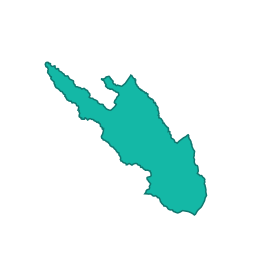 Kangema, Central, Kenya, rotated 213°
{"feature_id": "3690345B7088366637447", "entity_name": "Kangema", "entity_type": "district", "adm_level": 2, "iso_a3": "KEN", "parent_name": "Kenya", "parent_adm1": "Central", "projection": "robinson", "projection_center": [36.916, -0.687], "detail": "fine", "context": "isolated", "style": "filled", "palette": "teal", "viewbox_px": 256, "rotation_deg": 213, "n_neighbors": 0, "source": "geoboundaries", "source_scale": "gbopen_adm2", "svg_char_len": 5943}
<svg xmlns="http://www.w3.org/2000/svg" viewBox="0 0 256 256"><g transform="rotate(213 128 128)"><path d="M232.4,138.1L232.2,137.6L232.2,136.5L230.3,134.8L229.5,134.7L229.1,135.1L228.7,135.1L227.1,134.0L226.7,133.6L226.4,132.2L225.9,132.0L225.8,131.0L225.3,130.6L222.6,129.7L221.3,128.9L220.2,129.2L219.9,128.7L219.9,127.8L219.1,127.1L215.2,126.4L214.8,126.1L214.3,125.2L213.0,124.3L212.4,124.3L212.3,123.7L211.9,123.4L210.3,122.7L207.5,122.9L204.4,122.1L203.3,122.5L202.7,122.5L200.6,121.4L199.0,121.6L198.6,121.2L198.4,120.5L198.1,120.1L197.0,120.1L196.6,119.5L195.5,119.2L195.1,118.8L194.2,118.4L193.3,118.7L192.2,118.5L190.1,119.5L188.5,118.6L187.6,119.6L185.5,120.2L184.4,119.8L183.2,118.8L182.7,118.9L182.2,119.3L181.7,119.3L180.4,118.3L179.7,115.8L179.2,116.2L178.6,116.1L178.2,115.7L178.2,115.1L176.5,114.1L175.9,112.0L175.4,111.8L175.2,111.0L174.7,110.8L173.4,111.0L172.7,110.5L172.3,111.0L171.8,110.2L170.5,110.8L169.3,111.7L169.7,112.2L169.7,112.8L169.3,113.3L166.9,113.0L166.3,112.7L165.9,113.3L165.5,114.7L164.5,115.4L163.3,115.4L162.2,116.0L161.1,116.2L160.8,115.8L160.3,115.7L158.3,116.1L157.4,115.8L157.1,116.1L156.5,116.2L156.3,116.6L155.9,116.3L155.5,116.6L154.9,116.2L153.9,116.3L153.1,115.9L153.0,115.5L152.6,115.3L152.0,114.4L149.5,114.4L149.4,113.5L149.1,113.2L148.1,113.2L147.9,113.7L146.9,111.8L146.0,109.1L145.8,106.7L145.5,106.1L144.5,105.2L143.1,105.1L142.3,104.5L140.8,105.1L139.5,105.1L138.8,104.8L137.6,105.2L137.1,105.0L136.6,105.3L136.1,104.8L134.6,104.5L133.4,103.5L131.3,103.5L129.9,103.9L128.0,103.1L126.7,103.1L125.2,102.3L123.9,102.0L123.5,101.6L122.6,102.1L122.1,102.1L120.8,100.4L120.2,100.4L118.4,99.5L117.4,98.2L117.3,97.4L116.4,97.0L116.0,96.5L115.0,96.9L113.0,96.4L111.9,96.9L110.7,97.0L110.0,96.9L109.4,96.2L108.4,97.1L108.4,97.8L107.6,98.9L104.6,99.0L104.2,99.5L104.0,100.5L103.0,101.8L102.2,102.5L101.0,103.0L99.7,102.5L97.2,103.2L96.2,102.1L95.7,102.0L94.5,102.9L93.3,102.3L92.2,102.1L91.2,102.4L90.5,102.0L88.6,103.3L85.9,103.9L85.7,103.4L84.6,103.0L82.7,100.9L82.7,100.1L83.0,99.3L84.8,97.3L85.0,96.9L84.8,96.3L83.7,95.2L82.7,95.2L81.9,94.6L78.7,93.6L78.5,93.2L78.3,90.6L77.4,89.8L77.0,88.7L77.1,88.1L78.2,86.8L78.4,86.3L78.5,85.0L78.0,84.0L78.1,82.0L75.7,83.4L75.2,83.5L73.4,84.8L72.5,85.1L69.8,84.7L68.6,85.5L68.3,86.1L66.8,86.3L65.9,86.1L65.4,85.7L64.2,86.3L63.4,86.1L62.4,85.6L60.5,83.8L60.0,83.9L58.8,83.2L56.3,82.7L55.3,82.1L54.3,82.8L53.3,83.0L52.0,82.9L50.6,82.1L49.4,82.0L48.0,82.3L46.4,83.4L45.9,83.2L45.4,83.4L44.7,82.8L44.1,82.8L43.0,83.3L42.7,83.1L40.3,83.7L39.8,84.1L38.6,85.7L37.3,88.4L37.0,88.6L31.8,90.8L28.9,91.3L26.6,91.4L25.0,91.2L24.5,92.4L24.7,96.0L24.5,97.8L23.6,101.2L23.6,103.5L24.2,108.7L25.2,111.4L25.4,114.2L28.0,116.8L29.0,118.6L30.8,120.5L32.0,121.5L32.2,122.0L33.3,122.4L34.0,123.4L34.1,124.5L35.3,125.7L35.6,126.8L37.2,127.4L38.3,127.4L40.0,128.1L40.6,128.1L41.9,127.2L43.3,127.6L45.1,127.6L45.6,130.2L48.3,133.4L49.3,134.1L50.0,134.1L51.0,133.7L52.7,134.5L53.9,135.5L55.2,137.9L56.7,138.7L57.3,140.0L57.3,140.7L58.1,141.7L59.5,144.8L61.8,145.7L64.4,147.4L65.2,148.6L65.7,148.7L65.8,149.2L66.4,149.3L67.8,150.9L69.3,151.8L70.9,152.3L71.9,153.3L72.3,153.3L72.9,154.6L73.2,154.8L73.8,155.1L74.2,154.6L74.8,152.3L76.1,150.0L78.0,144.7L78.5,142.0L79.9,142.0L80.8,141.7L81.3,141.8L82.5,143.0L84.5,143.3L85.9,143.1L86.7,143.5L87.6,144.6L87.8,145.2L88.2,145.6L89.4,145.7L90.1,146.4L90.9,147.7L92.0,147.5L92.3,147.0L93.0,148.5L93.4,148.7L93.9,149.7L94.6,150.1L95.0,149.9L98.2,150.6L100.6,151.7L100.9,151.2L101.4,151.2L102.5,152.6L105.3,153.8L106.9,153.7L107.3,153.3L107.8,153.5L108.6,155.1L109.2,155.5L109.6,155.3L109.9,157.0L110.3,157.2L111.8,158.8L112.9,159.1L112.9,159.7L114.0,161.4L115.9,162.2L117.0,162.2L117.7,163.2L118.6,163.8L118.9,163.5L119.3,164.0L119.9,163.4L120.3,163.3L120.7,163.7L120.9,164.4L122.1,165.2L122.7,165.0L123.8,165.4L124.3,165.2L124.5,164.7L125.5,165.2L125.9,164.9L127.5,165.0L127.9,165.4L128.3,165.2L129.4,166.2L129.7,167.3L131.4,167.1L131.9,167.4L132.2,166.8L132.7,166.7L133.6,167.2L136.6,167.0L137.0,167.4L137.5,167.3L137.3,166.8L137.8,166.7L138.0,167.1L138.5,167.3L139.1,167.0L139.6,167.4L140.6,167.2L142.2,168.1L142.6,168.0L143.5,168.3L144.0,168.9L145.3,169.2L146.9,170.6L147.3,171.7L147.6,172.2L147.9,171.8L148.3,172.0L148.8,173.0L149.7,172.7L150.3,172.7L151.5,173.0L153.4,174.0L154.5,173.8L154.3,173.1L154.6,163.9L155.9,159.8L156.3,159.4L160.3,158.2L160.5,157.5L161.0,157.2L162.1,157.3L162.4,157.7L163.0,157.6L163.9,157.1L165.5,157.9L165.9,158.3L165.8,158.8L166.6,159.4L168.8,159.7L169.1,160.1L169.6,159.9L170.5,160.6L172.1,161.0L174.1,158.9L174.2,158.5L174.0,157.9L174.3,157.3L175.3,155.6L176.9,154.9L176.8,154.5L176.4,154.3L175.4,154.3L174.5,154.6L173.2,154.1L172.1,153.2L169.9,152.3L169.7,151.0L168.5,150.6L167.7,150.6L166.3,150.3L165.1,150.9L164.5,151.0L164.2,150.7L162.6,151.9L160.9,151.8L160.4,151.6L158.4,152.0L157.8,151.6L155.5,152.4L155.0,152.2L154.7,151.6L154.0,151.2L153.5,150.5L154.1,148.0L153.7,145.8L154.0,144.1L153.5,142.1L153.1,141.7L151.3,141.6L150.7,141.4L150.7,138.9L151.6,134.9L152.2,133.4L153.3,132.8L156.4,132.2L158.4,132.7L158.8,133.0L160.0,133.1L161.7,134.1L162.2,134.0L164.4,132.7L167.3,132.8L167.9,133.7L168.9,133.9L170.9,133.7L172.5,133.3L173.8,133.7L175.4,132.7L176.8,132.6L177.4,132.7L177.6,134.6L179.0,136.0L180.6,136.2L182.2,137.2L183.4,137.3L183.8,137.0L184.8,137.0L185.8,137.4L186.5,137.3L188.0,135.5L189.6,135.8L190.5,135.7L191.1,135.1L191.7,135.2L193.1,134.9L194.1,134.2L195.2,134.5L196.1,135.4L197.1,135.5L197.7,135.8L198.5,136.5L199.2,137.6L199.7,137.8L203.2,137.3L204.0,137.4L206.6,138.8L207.2,138.7L208.2,137.8L209.7,137.4L211.2,138.4L212.4,138.2L214.3,138.7L216.0,138.4L217.2,138.5L217.6,138.7L218.3,139.7L218.9,139.8L219.4,139.5L219.6,138.8L220.1,138.4L222.3,139.0L222.8,140.2L223.6,140.0L224.5,138.7L225.4,138.2L226.5,138.3L227.7,138.9L228.1,139.7L229.0,139.6L229.5,138.8L230.0,138.9L230.4,139.5L230.9,139.5L231.9,138.8L232.4,138.1Z" fill="#14b8a6" stroke="#0f766e" stroke-width="1.5"/></g></svg>